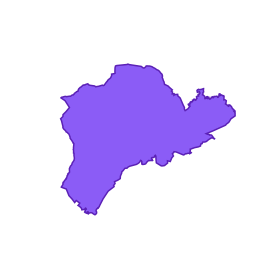 Holod, Bihor, Romania, rotated 315°
{"feature_id": "2599482B12126878753034", "entity_name": "Holod", "entity_type": "district", "adm_level": 2, "iso_a3": "ROU", "parent_name": "Romania", "parent_adm1": "Bihor", "projection": "robinson", "projection_center": [22.119, 46.796], "detail": "fine", "context": "isolated", "style": "filled", "palette": "violet", "viewbox_px": 256, "rotation_deg": 315, "n_neighbors": 0, "source": "geoboundaries", "source_scale": "gbopen_adm2", "svg_char_len": 5867}
<svg xmlns="http://www.w3.org/2000/svg" viewBox="0 0 256 256"><g transform="rotate(315 128 128)"><path d="M50.0,163.6L50.2,163.1L51.4,163.4L52.2,163.2L53.1,162.8L60.2,160.5L69.0,158.7L69.8,158.7L76.7,159.6L77.2,158.5L78.5,158.2L79.5,158.2L80.5,156.4L83.9,157.7L86.7,158.3L88.7,156.6L91.7,155.4L92.7,154.6L93.8,154.6L94.1,154.7L97.3,154.3L98.9,155.7L100.6,155.7L102.1,156.2L108.2,159.7L109.2,160.0L110.6,160.3L112.1,160.4L114.0,159.8L114.3,160.5L113.8,161.9L113.2,162.2L112.7,162.8L112.7,163.2L112.3,163.4L112.6,164.2L113.9,165.2L115.1,165.8L117.8,165.4L119.7,165.6L120.2,166.4L121.2,167.1L122.2,168.3L122.5,168.4L123.0,167.1L122.9,166.5L123.2,166.0L123.4,165.8L124.2,165.9L124.5,166.2L125.0,166.8L125.5,167.1L126.2,167.1L127.0,166.6L128.0,166.6L127.9,167.4L127.6,167.8L124.8,170.9L123.4,172.7L124.7,178.2L125.2,178.8L126.0,179.5L127.3,180.4L131.2,180.8L132.7,179.1L134.2,181.6L137.8,180.1L140.3,179.9L140.3,179.6L140.8,178.8L141.2,177.7L141.3,177.5L142.9,177.7L143.3,177.6L143.8,177.3L144.7,178.4L145.2,179.2L148.1,186.2L148.7,186.6L150.6,186.9L151.0,187.5L151.9,187.9L153.1,188.8L153.5,189.3L153.4,189.8L154.2,190.0L154.5,189.8L154.9,190.2L155.3,190.2L155.3,189.9L154.7,189.1L154.8,188.9L154.9,188.7L155.8,188.3L156.1,187.9L156.8,187.5L157.0,187.0L161.2,189.0L164.4,191.1L166.5,192.0L167.1,191.5L168.6,190.8L169.1,191.4L169.6,191.4L170.3,191.0L171.1,190.9L171.3,191.2L172.5,192.3L174.0,193.0L176.7,193.2L179.6,193.9L180.5,194.4L180.8,194.9L181.3,196.8L181.6,196.8L181.5,195.9L182.1,192.1L181.8,191.7L181.0,190.7L180.7,190.6L180.9,190.2L180.7,189.8L180.0,189.1L179.3,187.3L185.5,189.9L199.0,195.0L200.5,194.8L201.9,195.1L203.7,195.2L207.2,194.3L212.3,195.2L213.1,194.3L214.0,193.5L214.6,192.3L214.7,191.5L215.2,192.2L215.7,191.6L215.7,189.9L215.8,189.2L215.5,188.3L216.3,186.0L216.3,183.8L215.7,183.0L215.0,183.0L214.9,183.7L214.4,183.6L214.3,180.8L213.9,180.0L214.4,179.6L214.9,179.6L216.8,178.2L216.6,176.9L216.2,176.0L215.8,175.8L218.2,173.6L218.1,173.2L218.5,172.8L217.8,172.1L217.7,171.2L217.2,170.2L216.8,169.9L216.4,170.4L216.2,170.2L216.6,169.2L217.1,168.8L216.9,168.6L216.4,168.4L214.8,169.7L214.1,170.0L213.4,170.0L213.1,169.7L213.5,168.8L213.3,168.3L212.4,167.8L211.6,166.9L209.7,166.8L209.6,166.1L210.0,165.8L209.8,165.7L209.0,165.9L208.7,165.2L207.4,165.7L206.3,165.5L206.3,164.7L206.7,163.7L205.7,163.9L205.3,163.8L204.9,163.1L206.4,162.1L206.2,161.8L205.5,161.5L204.2,162.0L203.8,162.0L203.2,161.7L203.4,161.2L204.2,160.6L204.6,159.8L204.5,157.8L204.2,157.2L205.3,156.7L206.1,155.9L207.0,156.0L208.4,154.1L209.1,153.9L209.3,153.6L206.9,152.4L205.3,151.0L205.2,150.5L204.9,150.4L204.4,150.5L204.2,150.2L203.5,150.2L203.0,150.5L202.9,150.9L202.3,151.8L204.2,152.9L203.6,154.1L203.2,154.0L202.9,154.3L202.4,154.5L202.1,154.5L201.9,154.1L201.7,153.9L201.2,153.9L201.0,154.2L201.0,154.5L200.5,155.3L200.3,155.2L199.6,154.5L198.6,154.3L198.5,154.6L197.8,155.2L197.8,155.7L197.6,155.9L196.4,155.9L195.8,156.2L195.5,156.1L195.6,155.5L195.4,155.1L195.5,154.8L195.0,154.2L194.7,154.2L194.3,154.8L194.0,154.9L193.8,154.7L193.7,154.2L193.3,154.0L193.1,154.4L192.1,154.9L191.6,154.5L191.2,154.0L190.7,153.8L190.4,154.4L190.1,154.5L189.6,154.0L188.6,154.8L188.6,154.5L188.2,154.1L187.5,153.8L187.1,154.1L187.1,154.8L186.9,155.2L186.9,155.5L187.2,155.9L187.2,156.4L184.0,156.8L180.7,156.1L180.9,155.4L181.3,154.4L182.4,153.4L183.4,150.4L185.7,144.7L186.1,143.6L186.1,142.6L185.9,141.0L186.0,140.6L186.9,139.3L184.9,137.6L183.7,137.3L184.8,136.3L183.4,135.2L184.9,134.1L184.8,132.6L186.3,132.4L186.0,128.4L186.1,126.9L184.9,123.4L184.6,123.1L186.1,120.8L186.5,119.5L187.6,117.4L187.8,116.7L188.0,116.4L189.2,115.6L189.3,115.2L189.9,114.4L190.1,113.6L190.1,113.0L189.9,112.8L190.3,110.4L190.3,109.2L190.1,108.2L189.6,107.2L189.2,104.8L188.6,103.0L188.3,101.6L187.5,100.1L186.8,99.1L186.6,99.0L185.5,97.7L184.7,97.0L184.1,97.2L182.7,97.2L181.9,97.0L181.3,96.4L181.2,96.0L180.9,93.8L173.8,84.2L173.1,82.7L172.5,82.6L171.7,82.0L165.1,76.6L164.1,75.8L163.0,75.3L161.5,76.2L158.9,78.6L157.6,80.1L156.7,79.8L154.5,78.3L153.6,79.3L151.3,80.2L150.1,80.2L148.3,79.9L146.8,80.1L146.5,80.3L145.1,80.3L141.3,80.9L140.4,80.4L140.4,80.0L140.2,79.6L136.5,77.6L135.5,76.8L134.3,76.0L134.2,75.0L134.0,74.5L130.8,70.2L130.9,69.7L130.7,68.5L130.8,68.3L129.0,67.3L128.6,67.3L127.2,66.6L127.3,66.4L126.5,65.9L123.7,65.8L123.1,65.5L120.7,65.5L119.5,66.0L119.1,66.4L118.5,66.6L118.4,66.4L117.2,65.9L116.7,66.0L115.1,65.7L114.4,65.6L113.9,65.9L112.7,65.9L111.9,65.2L109.8,64.9L109.2,64.2L106.6,62.3L106.5,62.0L106.3,61.6L105.2,60.7L103.9,60.1L103.2,59.5L102.2,59.2L101.9,59.3L102.8,64.2L101.1,72.1L95.8,72.6L91.5,72.6L90.3,73.7L89.8,73.9L86.9,73.8L86.2,75.7L85.3,77.2L83.0,81.0L82.4,81.5L82.1,82.0L81.8,83.5L81.9,84.9L81.8,86.4L81.5,86.9L81.8,88.0L82.0,88.3L81.8,89.1L81.9,90.6L80.6,93.5L79.8,94.4L79.4,97.1L78.8,99.4L78.9,99.7L78.5,100.1L78.7,100.4L78.7,100.7L77.7,101.6L75.7,103.2L75.1,103.9L74.1,104.5L74.1,104.8L72.3,106.8L71.8,107.1L71.9,107.7L70.3,109.3L68.8,111.4L67.0,112.7L63.8,113.3L62.2,114.2L60.3,114.3L57.8,115.3L55.4,117.9L54.7,118.1L54.1,117.8L53.2,117.9L53.3,118.2L53.2,118.3L52.9,118.2L52.4,118.4L51.8,118.7L51.4,118.6L50.8,119.1L49.4,119.7L49.1,120.0L48.7,119.8L48.3,119.9L48.1,120.3L47.6,120.1L44.9,120.5L43.9,120.9L43.6,120.6L42.8,121.1L42.3,121.8L41.4,122.1L39.0,122.6L39.0,122.8L39.4,123.1L39.4,123.6L41.2,127.5L38.4,134.1L38.2,138.8L37.6,143.0L40.1,142.7L40.8,147.0L39.3,147.3L37.9,147.4L38.2,148.7L38.4,150.9L38.1,152.3L37.5,153.2L38.5,154.0L40.1,154.9L41.0,154.6L41.4,154.7L41.4,155.3L41.1,155.9L40.3,155.6L39.1,156.2L39.2,156.4L39.1,156.7L37.9,156.8L37.9,157.4L38.5,159.0L39.9,158.6L40.5,158.9L40.4,159.4L40.3,159.6L39.4,160.2L39.1,160.3L39.2,160.7L40.1,160.7L40.6,160.8L41.7,161.5L42.0,161.8L42.5,162.5L42.9,164.8L43.3,166.0L44.8,166.2L45.8,165.9L46.7,164.7L46.7,164.0L48.1,163.2L49.0,163.2L50.0,163.6Z" fill="#8b5cf6" stroke="#5b21b6" stroke-width="1.5"/></g></svg>